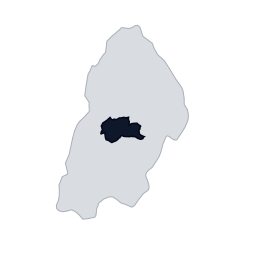 Bhutan, with Tongsa highlighted, rotated 108°
{"feature_id": "BTN-2486", "entity_name": "Tongsa", "entity_type": "District", "adm_level": 1, "iso_a3": "BTN", "parent_name": "Bhutan", "parent_adm1": "", "projection": "mercator", "projection_center": [90.459, 27.451], "detail": "fine", "context": "in_parent", "style": "filled", "palette": "ink", "viewbox_px": 256, "rotation_deg": 108, "n_neighbors": 0, "source": "natural_earth", "source_scale": "10m", "svg_char_len": 3144}
<svg xmlns="http://www.w3.org/2000/svg" viewBox="0 0 256 256"><g transform="rotate(108 128 128)"><path d="M201.5,111.0L201.1,112.5L199.4,116.6L198.3,121.1L199.3,124.7L203.1,129.1L208.2,132.5L214.7,132.8L220.7,131.5L223.1,132.0L226.4,137.8L228.7,142.8L225.5,148.0L223.8,152.5L223.2,155.7L223.6,157.1L225.5,159.7L227.8,164.2L228.1,168.2L226.7,170.9L223.6,172.3L220.3,171.9L217.6,171.9L214.2,172.4L208.8,173.9L203.9,175.9L194.6,175.5L190.9,171.5L189.2,171.5L180.7,176.7L171.5,175.8L154.8,177.5L147.8,177.9L140.6,177.3L137.0,176.2L130.2,172.6L124.1,169.9L117.8,172.3L115.7,172.8L110.7,179.1L99.8,181.1L89.0,182.6L85.8,181.8L79.8,181.4L79.5,180.0L79.7,178.5L78.3,177.4L75.9,176.3L71.6,175.8L66.2,174.2L63.0,172.7L52.0,174.9L45.5,171.6L38.2,167.1L34.5,165.1L33.1,158.1L31.8,155.8L28.9,153.4L27.3,150.6L28.6,147.7L35.9,142.4L36.5,141.1L39.9,131.1L44.6,127.4L49.2,122.3L52.7,114.3L59.5,106.0L66.9,97.5L72.0,90.5L75.4,87.3L82.3,83.8L88.2,81.8L92.2,77.1L97.1,74.5L102.1,73.4L109.5,74.0L116.5,75.7L124.2,78.0L125.1,79.8L124.5,83.1L123.3,86.5L123.3,88.2L124.5,89.1L132.0,89.8L141.2,89.3L146.3,89.7L157.8,92.8L161.2,95.0L164.7,96.7L168.1,96.4L172.5,92.8L177.1,89.8L179.9,89.3L181.9,90.3L185.6,93.1L193.2,95.9L199.9,97.9L202.1,99.8L201.4,108.2L201.5,111.0Z" fill="#d9dde1" stroke="#a8b0b8" stroke-width="1"/><path d="M126.4,116.9L126.7,116.9L129.5,115.7L130.1,115.3L130.4,114.7L130.7,114.0L131.2,110.8L131.2,109.9L131.7,110.3L131.9,110.4L132.1,110.6L132.3,110.6L132.5,110.5L132.8,110.5L133.1,110.5L133.4,110.6L133.7,110.8L133.9,111.0L134.6,112.0L134.7,112.3L134.8,112.6L134.9,113.2L134.9,114.0L134.8,115.8L134.3,117.3L134.3,117.7L134.2,118.2L134.1,119.0L134.1,119.5L134.2,119.8L134.5,120.0L134.9,122.1L135.1,123.0L135.6,123.3L137.0,128.1L137.3,129.8L136.9,130.7L137.4,132.0L138.9,132.6L139.5,132.7L139.8,132.8L139.9,133.0L140.2,133.4L140.5,133.6L141.1,133.9L141.9,134.1L142.3,134.4L143.6,135.2L146.8,138.9L146.4,141.1L145.9,142.5L145.7,143.3L145.9,143.7L145.9,144.0L145.9,144.4L145.9,144.6L145.9,145.0L145.8,145.3L144.1,146.5L139.7,148.6L140.1,149.3L141.8,151.6L141.9,151.8L141.8,152.0L141.4,152.1L139.2,152.2L138.8,152.1L138.5,152.0L138.3,151.7L138.0,151.5L137.7,151.6L137.2,151.8L136.5,152.6L136.0,152.9L135.0,153.3L134.4,154.0L133.5,153.9L132.6,153.6L132.2,153.5L131.9,153.5L131.6,153.6L131.4,153.5L131.1,153.5L130.8,153.3L130.5,153.1L130.0,152.6L129.3,152.1L127.3,150.5L123.5,148.3L124.7,146.7L125.0,145.6L124.9,144.7L123.9,144.1L123.7,142.2L123.4,141.5L123.0,141.0L121.2,139.4L120.9,139.0L120.8,138.7L120.8,138.2L120.9,137.9L120.1,137.0L119.2,135.3L118.9,133.2L118.7,132.6L117.6,130.8L119.8,130.3L120.1,130.0L121.2,129.0L121.7,128.7L122.5,128.5L123.0,128.4L123.3,128.5L123.6,128.7L123.8,128.7L124.0,128.5L124.2,128.3L124.5,128.1L125.1,127.5L123.3,126.6L122.7,125.8L121.6,123.5L121.5,123.2L121.3,122.6L121.2,122.4L121.2,122.2L121.1,121.9L120.8,121.3L120.7,120.9L120.7,120.5L121.5,119.4L121.7,119.0L121.8,117.7L121.9,117.3L122.1,117.0L122.3,116.7L122.5,116.5L122.9,116.6L123.2,116.7L123.4,116.7L123.6,116.8L123.9,116.7L124.5,116.6L124.9,116.5L125.2,116.4L125.5,116.4L126.1,116.8L126.4,116.9Z" fill="#0f172a" stroke="#020617" stroke-width="1.5"/></g></svg>